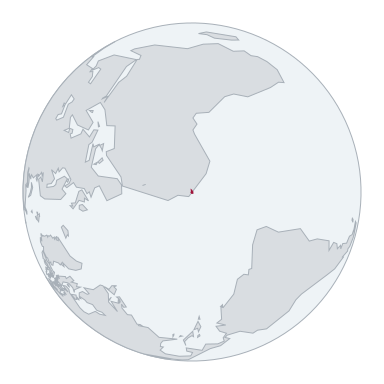 the Earth from above West Coast, rotated 254°
{"feature_id": "GMB-5512", "entity_name": "West Coast", "entity_type": "Division", "adm_level": 1, "iso_a3": "GMB", "parent_name": "Gambia", "parent_adm1": "", "projection": "orthographic", "projection_center": [-16.401, 13.235], "detail": "fine", "context": "on_globe", "style": "filled", "palette": "rose", "viewbox_px": 384, "rotation_deg": 254, "n_neighbors": 0, "source": "natural_earth", "source_scale": "10m", "svg_char_len": 8852}
<svg xmlns="http://www.w3.org/2000/svg" viewBox="0 0 384 384"><g transform="rotate(254 192 192)"><circle cx="192" cy="192" r="169" fill="#eef3f6" stroke="#a8b0b8"/><path d="M150.7,28.2L139.4,31.6L139.6,32.2L127.1,39.5L130.5,38.4L128.0,41.2L131.0,41.0L127.8,42.9L133.0,41.3L135.3,39.6L138.4,38.5L140.4,38.4L136.7,40.6L135.1,41.0L135.1,41.6L132.4,42.9L134.8,42.2L130.1,45.3L137.7,42.3L136.4,44.8L132.4,46.8L129.1,46.5L111.7,52.3L106.7,55.1L103.0,59.0L103.9,66.1L99.9,69.7L97.3,74.6L101.1,72.4L104.6,67.8L111.2,65.4L114.6,60.7L117.8,59.2L122.9,54.9L126.1,55.8L126.5,59.3L122.5,63.1L122.6,65.0L129.7,61.8L125.3,70.2L127.9,78.1L126.4,80.5L117.4,83.5L109.2,81.5L97.6,87.4L109.2,84.1L105.1,91.1L106.1,92.7L108.7,92.9L111.8,90.6L111.2,93.4L99.6,97.1L100.0,94.6L103.6,93.3L99.7,92.7L91.9,96.1L90.4,99.9L80.1,102.7L78.9,105.6L76.0,108.1L78.6,103.2L73.8,112.4L61.4,120.2L54.6,137.3L56.9,122.9L55.1,120.2L52.2,119.0L50.9,121.7L48.8,117.8L43.8,121.8L37.6,134.5L34.8,145.6L37.6,148.3L40.5,143.1L43.7,143.5L37.0,158.1L42.0,163.3L38.9,174.9L39.8,181.9L43.3,181.8L46.7,186.2L50.6,180.2L56.3,178.1L54.8,187.8L59.2,179.8L61.5,185.4L73.6,188.1L72.3,190.1L82.3,204.0L95.6,211.6L98.6,219.2L96.8,223.3L101.9,225.4L102.0,228.3L124.5,235.7L137.7,244.1L138.4,253.9L129.6,264.0L126.9,286.1L112.5,291.2L112.4,299.5L107.3,310.3L98.1,307.6L104.5,314.3L102.4,317.0L97.4,316.1L99.8,320.1L96.3,319.3L100.9,322.7L100.2,326.5L106.1,331.2L106.9,334.2L111.0,336.9L109.4,336.3L109.1,336.7L110.7,338.0L103.8,334.4L96.2,328.6L94.5,326.3L92.3,325.2L88.1,318.7L87.7,319.6L78.8,308.0L75.1,298.9L63.7,269.1L59.8,262.2L51.0,252.5L39.9,225.9L41.1,216.9L39.5,211.7L44.9,199.8L44.7,186.3L43.1,183.7L40.7,187.9L36.4,177.1L36.4,166.4L31.8,142.2L33.2,136.5L36.2,128.6L49.9,100.5L36.9,125.4L39.3,119.6L40.4,117.5L46.1,106.7L52.7,96.4L59.9,86.6L67.9,77.4L76.5,68.7L85.7,60.7L95.4,53.4L105.7,46.7L116.4,40.9L127.5,35.8L139.0,31.6L150.7,28.2ZM52.1,142.9L57.9,154.3L52.5,153.6L53.9,152.4L52.9,148.2L50.2,143.6L46.1,143.8L52.1,142.9ZM59.3,135.0L58.1,133.8L59.6,134.2L59.3,135.0ZM120.8,54.7L121.8,54.8L120.3,55.5L120.8,54.7ZM122.0,52.9L119.5,53.7L119.8,53.0L121.3,52.5L122.0,52.9ZM124.9,52.1L120.5,51.6L120.9,50.4L127.0,47.6L124.9,52.1ZM135.2,39.2L132.8,40.9L132.9,39.6L135.2,39.2ZM134.5,38.7L130.6,37.2L135.2,35.0L135.5,35.7L139.9,33.2L144.1,32.8L142.6,34.1L138.8,35.5L143.3,34.3L134.5,38.7ZM139.6,37.9L138.4,37.7L142.2,35.6L145.3,35.8L143.1,36.4L139.6,37.9ZM139.0,32.9L142.4,31.7L146.7,30.9L148.6,30.3L144.5,32.6L139.0,32.9ZM143.2,36.8L146.8,36.0L146.8,37.0L141.0,38.1L143.2,36.8ZM141.9,35.1L143.9,34.2L143.8,34.7L141.9,35.1ZM148.9,40.6L147.3,40.0L149.2,38.8L148.9,40.6ZM148.1,35.6L148.1,35.3L148.7,34.9L151.0,34.6L148.1,35.6ZM147.9,32.0L148.9,32.1L149.7,31.0L153.0,30.7L149.7,32.3L152.5,31.5L153.5,31.4L149.6,32.9L147.9,32.0ZM155.0,33.1L151.9,35.5L154.3,36.7L152.7,37.7L149.1,35.7L155.0,33.1ZM152.2,32.8L153.6,33.1L150.9,34.0L148.3,34.4L152.2,32.8ZM156.4,29.9L152.3,30.0L153.1,29.7L156.4,29.9ZM156.2,33.2L156.9,32.6L156.7,33.2L156.2,33.2ZM156.9,30.6L155.3,30.7L156.4,30.3L156.9,30.6ZM159.7,31.6L158.7,32.3L156.9,32.5L159.7,31.6ZM158.9,31.0L160.6,30.5L156.8,32.1L158.0,31.1L158.9,31.0ZM158.1,30.3L158.2,30.1L158.7,30.3L158.1,30.3ZM167.1,30.9L162.7,32.9L158.8,33.1L163.5,31.1L167.1,30.9ZM117.1,341.3L105.2,335.4L111.1,338.3L110.9,337.1L118.7,341.0L117.1,341.3ZM118.5,338.3L120.8,338.0L122.6,338.9L121.4,339.3L118.5,338.3ZM357.8,159.5L354.4,146.7L349.3,132.7L349.6,135.4L343.4,125.8L338.2,130.3L335.7,127.1L335.1,129.9L330.4,128.0L326.0,122.7L324.0,124.3L335.3,138.2L337.3,136.6L336.5,129.1L339.5,134.6L343.8,138.1L345.2,154.9L334.6,175.0L330.7,163.6L307.9,136.1L307.0,132.4L306.8,132.0L306.3,131.4L307.2,137.6L302.3,132.2L317.6,151.8L321.3,161.1L334.5,175.8L334.0,178.0L337.3,180.6L344.7,172.2L345.4,176.2L343.6,196.7L331.0,227.2L331.0,243.5L327.4,258.1L315.9,270.5L313.3,281.0L306.8,286.3L304.0,292.4L296.8,299.9L286.1,307.6L271.8,310.6L273.7,305.4L270.8,296.2L268.1,271.9L274.7,259.1L274.6,249.7L263.9,230.2L266.5,217.8L262.9,213.3L255.9,215.5L251.4,210.0L246.9,210.4L216.7,217.7L205.7,210.6L188.5,187.6L192.7,177.6L190.4,166.6L216.9,126.8L226.0,127.9L250.7,119.9L254.4,120.7L255.2,129.3L276.7,136.3L279.3,128.4L295.1,131.0L303.3,128.6L299.6,112.7L286.2,116.1L280.2,109.5L288.0,100.4L299.2,98.3L297.2,95.7L287.1,91.6L286.5,86.1L283.2,89.8L286.9,92.0L284.9,94.7L281.5,92.9L281.4,90.9L277.1,90.6L278.5,101.2L282.4,104.5L273.2,108.6L278.8,114.8L277.4,118.6L267.4,109.7L266.0,105.9L250.1,97.7L250.8,101.9L265.8,110.2L262.5,109.9L263.6,116.5L260.2,111.3L243.6,102.0L233.2,106.3L225.4,123.8L218.2,126.2L209.6,124.0L207.1,107.8L223.5,104.6L222.8,99.6L214.8,93.5L220.5,93.3L219.3,90.6L225.0,89.4L228.5,82.2L233.7,80.7L230.7,72.9L232.9,71.3L234.1,76.2L237.6,79.1L249.9,76.4L250.9,74.4L248.0,69.8L251.7,70.0L247.3,66.0L252.2,63.1L242.6,63.5L238.9,59.0L239.4,54.9L236.4,53.7L235.5,60.4L236.7,63.1L240.6,65.2L242.3,73.7L239.1,75.8L230.6,67.9L225.1,70.3L221.0,63.7L225.9,48.5L230.2,45.2L246.6,48.1L248.1,50.8L243.0,51.0L251.8,54.5L249.1,52.4L252.3,52.8L249.5,49.3L251.6,49.4L245.4,46.0L247.6,45.8L251.5,48.0L249.3,43.3L252.8,42.6L251.3,41.5L248.7,40.6L254.8,40.7L253.4,39.9L250.9,39.6L246.5,38.0L241.2,35.4L243.6,35.5L245.8,36.5L254.2,39.1L259.8,42.0L260.2,41.9L255.9,39.4L245.8,36.2L241.9,34.6L246.5,35.7L244.5,35.2L243.3,34.5L244.4,34.1L239.2,32.9L222.9,27.1L223.4,26.4L229.4,27.6L220.7,25.5L232.4,28.0L244.0,31.2L255.3,35.3L266.2,40.2L276.8,45.9L286.9,52.2L296.6,59.3L305.8,67.1L314.3,75.5L322.3,84.4L329.6,93.9L336.2,103.9L342.1,114.4L347.2,125.2L351.6,136.4L355.1,147.9L357.8,159.5ZM211.9,146.2L212.1,149.6L211.9,146.2ZM313.9,104.4L318.7,102.9L311.5,94.7L312.8,93.6L309.9,91.4L311.0,94.1L303.1,88.1L303.4,84.7L300.2,81.3L298.4,81.7L299.3,89.0L310.5,97.3L311.6,101.5L313.9,104.4ZM74.1,188.0L75.3,190.3L73.3,189.9L74.1,188.0ZM50.7,157.3L52.5,158.2L53.0,160.0L51.5,160.0L50.7,157.3ZM68.0,163.0L70.5,164.6L67.5,164.6L68.0,163.0ZM59.1,155.9L66.0,162.1L60.1,163.4L55.9,159.7L59.4,159.9L59.1,155.9ZM56.3,140.1L57.2,141.2L56.2,142.8L56.3,140.1ZM60.4,135.4L59.9,135.3L59.9,133.7L60.4,135.4ZM105.8,90.8L106.7,90.7L108.8,91.5L106.9,92.3L105.8,90.8ZM124.0,89.1L122.7,93.7L122.3,90.8L119.3,92.5L114.7,88.9L125.3,81.6L121.3,85.4L124.0,89.1ZM111.5,82.8L113.2,85.5L110.9,82.9L111.5,82.8ZM206.8,78.9L210.3,80.0L210.2,83.2L203.7,86.5L203.6,81.8L206.8,78.9ZM215.1,81.1L208.6,73.0L212.4,71.1L211.4,73.5L214.5,73.0L213.7,76.8L223.8,83.4L224.4,86.7L212.0,90.1L215.7,86.9L212.1,85.8L215.1,81.1ZM185.2,60.3L182.4,58.0L194.2,56.7L195.5,59.0L189.0,62.1L183.8,61.1L185.2,60.3ZM136.6,47.8L134.7,47.9L135.7,47.1L138.1,46.5L136.6,47.8ZM148.0,40.4L145.6,47.0L143.4,47.3L144.7,51.4L139.3,54.0L138.7,51.1L135.5,56.5L132.8,54.9L131.3,58.6L130.4,52.0L127.9,51.2L132.8,51.0L137.8,48.6L139.1,47.3L141.1,43.3L138.0,41.0L142.5,38.7L146.5,37.7L147.9,37.8L144.5,39.2L148.8,38.5L145.1,40.7L148.0,40.4ZM190.3,33.7L185.9,34.1L193.9,35.3L190.2,36.5L191.3,36.6L190.1,38.2L190.6,40.5L188.4,40.9L189.6,41.6L188.8,42.9L189.6,44.1L185.9,45.5L186.7,47.2L184.5,46.9L186.8,49.6L183.5,48.3L182.1,50.1L186.0,50.4L164.1,57.1L157.5,61.8L153.8,66.6L148.6,64.3L148.7,58.7L152.1,52.3L159.2,48.5L155.5,48.4L157.9,46.7L159.8,47.4L158.2,45.3L160.6,44.1L163.6,39.9L159.9,38.1L160.9,36.7L163.6,36.9L162.7,35.5L168.4,35.0L169.3,34.1L175.8,33.0L180.4,34.2L181.0,33.2L186.0,32.6L190.3,33.7ZM169.0,30.6L175.4,31.2L176.6,32.4L164.8,33.9L163.2,34.8L155.7,36.3L154.2,34.7L156.5,34.4L158.3,33.7L158.1,34.5L159.7,33.4L162.9,33.0L165.0,32.1L166.5,32.5L169.0,30.6ZM256.4,117.1L258.8,117.0L262.2,116.0L262.9,120.4L256.4,117.1ZM245.0,110.8L246.9,109.9L249.6,115.0L247.0,115.3L245.0,110.8ZM245.8,105.3L246.8,109.4L244.7,107.4L245.8,105.3ZM235.6,75.3L237.3,74.4L238.4,75.4L238.5,77.2L235.6,75.3ZM213.3,39.2L210.5,38.8L210.5,38.3L205.7,36.4L208.1,35.6L211.9,36.4L213.3,39.2ZM298.6,115.9L297.6,119.4L295.8,118.3L296.5,117.3L298.6,115.9ZM280.4,120.0L285.6,121.0L280.5,121.2L280.4,120.0ZM215.1,38.0L212.8,37.2L215.4,37.3L215.1,38.0ZM209.5,34.9L212.2,34.8L207.8,35.3L209.5,34.9ZM341.9,249.9L329.1,277.0L325.2,278.8L327.1,271.9L333.7,256.0L339.1,249.8L342.5,241.9L341.9,249.9ZM232.0,33.1L236.1,36.4L240.6,38.9L245.6,40.3L240.3,40.1L233.4,36.1L232.0,33.1ZM223.8,27.6L219.5,27.0L220.1,26.7L221.2,26.8L223.8,27.6ZM222.1,27.6L219.0,27.9L215.8,27.2L218.8,27.1L222.1,27.6ZM217.3,32.0L218.3,33.0L216.2,32.8L217.3,32.0ZM211.2,24.1L211.3,24.1L210.0,24.0L207.5,23.8L211.2,24.1Z" fill="#d9dde1" stroke="#a8b0b8" stroke-width="1"/><path d="M193.7,192.0L193.4,192.2L192.9,192.2L192.3,192.2L191.8,192.2L191.3,192.2L191.2,192.2L191.1,192.3L191.0,192.5L190.9,192.5L190.9,192.4L190.9,192.2L190.8,191.9L190.8,191.7L191.0,191.5L191.4,191.6L191.5,191.6L191.6,191.8L191.8,191.9L192.0,192.0L191.9,192.1L192.0,192.0L192.0,191.9L191.9,191.9L192.0,191.9L192.4,191.8L192.4,191.7L192.5,191.8L192.5,192.0L192.6,191.9L192.8,191.8L193.0,191.9L193.7,192.0L193.7,192.0Z" fill="#f43f5e" stroke="#9f1239" stroke-width="1.5"/></g></svg>